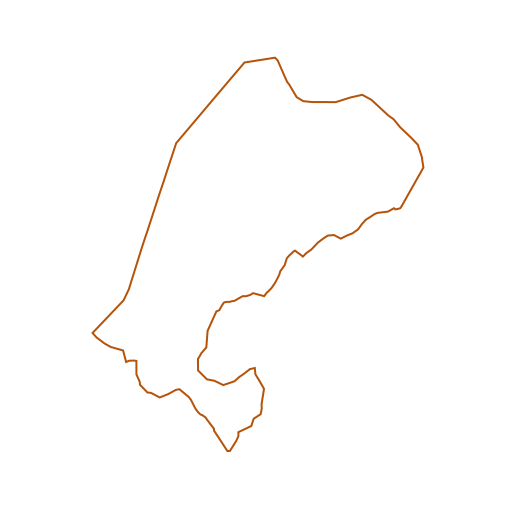 Karu, Nassarawa, Nigeria (Natural Earth projection), rotated 19°
{"feature_id": "59680162B13670821264537", "entity_name": "Karu", "entity_type": "district", "adm_level": 2, "iso_a3": "NGA", "parent_name": "Nigeria", "parent_adm1": "Nassarawa", "projection": "natural_earth1", "projection_center": [7.844, 8.986], "detail": "fine", "context": "isolated", "style": "outline", "palette": "amber", "viewbox_px": 512, "rotation_deg": 19, "n_neighbors": 0, "source": "geoboundaries", "source_scale": "gbopen_adm2", "svg_char_len": 2113}
<svg xmlns="http://www.w3.org/2000/svg" viewBox="0 0 512 512"><g transform="rotate(19 256 256)"><path d="M126.5,382.0L131.9,385.0L141.5,388.1L148.4,389.3L161.1,388.6L167.7,398.5L170.2,396.3L174.9,394.5L177.1,394.2L181.5,406.9L187.1,412.9L188.2,415.5L197.8,420.4L201.3,419.6L211.0,421.1L218.0,415.1L223.9,408.6L227.0,406.9L238.3,411.2L241.2,413.1L248.4,420.0L252.0,422.5L255.0,423.9L257.2,424.0L260.9,425.1L262.8,426.6L272.6,433.1L273.1,434.7L292.4,449.7L294.8,448.9L297.6,436.9L298.0,432.0L296.7,428.3L306.9,418.3L306.8,410.6L311.9,404.1L311.1,398.3L309.5,394.3L307.6,383.4L306.8,379.0L300.1,373.1L294.0,368.1L291.3,362.3L287.1,364.9L282.9,371.4L279.5,375.9L276.5,381.4L267.1,388.7L257.4,387.5L249.8,388.6L238.5,383.1L234.6,372.1L234.8,371.9L236.0,365.6L238.8,358.6L234.6,342.5L236.6,321.2L238.9,319.3L239.8,314.3L240.7,310.7L241.5,309.9L243.5,308.8L246.2,307.9L247.9,306.6L250.1,305.5L256.4,298.4L259.8,297.2L263.3,294.6L265.3,292.1L276.8,291.3L278.2,286.9L279.1,285.5L281.1,281.3L282.6,275.8L283.2,272.6L284.1,266.3L283.9,262.7L286.1,255.3L285.9,248.1L287.1,245.1L290.0,239.6L291.1,238.2L291.9,238.4L293.7,239.1L296.9,240.0L299.2,240.8L300.5,241.3L301.3,239.7L302.5,237.0L304.6,234.1L306.1,232.1L308.6,226.7L310.3,222.9L311.4,221.3L314.5,216.8L315.9,215.0L317.3,213.3L322.9,210.8L326.8,211.4L330.5,212.0L332.8,209.6L335.8,206.6L340.0,203.0L343.8,197.6L344.9,194.2L345.8,191.2L346.4,189.8L348.0,186.0L351.3,181.9L352.6,180.2L354.7,177.5L355.7,176.7L357.0,175.6L366.3,171.1L370.9,165.9L372.0,166.4L372.5,166.6L374.8,165.3L376.9,163.8L377.6,160.8L381.3,140.6L385.5,117.9L383.7,114.5L381.2,109.7L381.1,109.1L378.6,105.8L372.8,98.1L364.7,93.9L350.5,87.4L343.2,82.9L342.1,82.2L341.6,81.9L335.4,80.1L314.4,70.8L304.0,69.0L293.5,75.5L281.4,84.5L259.2,92.1L250.3,94.2L242.8,92.6L231.7,83.2L228.7,81.2L222.8,74.9L212.9,64.1L209.4,62.3L182.1,76.8L168.7,111.1L150.9,157.0L143.8,175.2L144.0,191.1L144.3,211.1L144.4,215.0L144.5,230.8L144.7,240.4L145.2,268.8L145.2,274.9L145.4,287.9L145.5,290.5L146.6,329.0L146.1,333.2L145.8,336.2L145.2,341.1L132.4,369.1L126.5,382.0Z" fill="none" stroke="#b45309" stroke-width="2"/></g></svg>